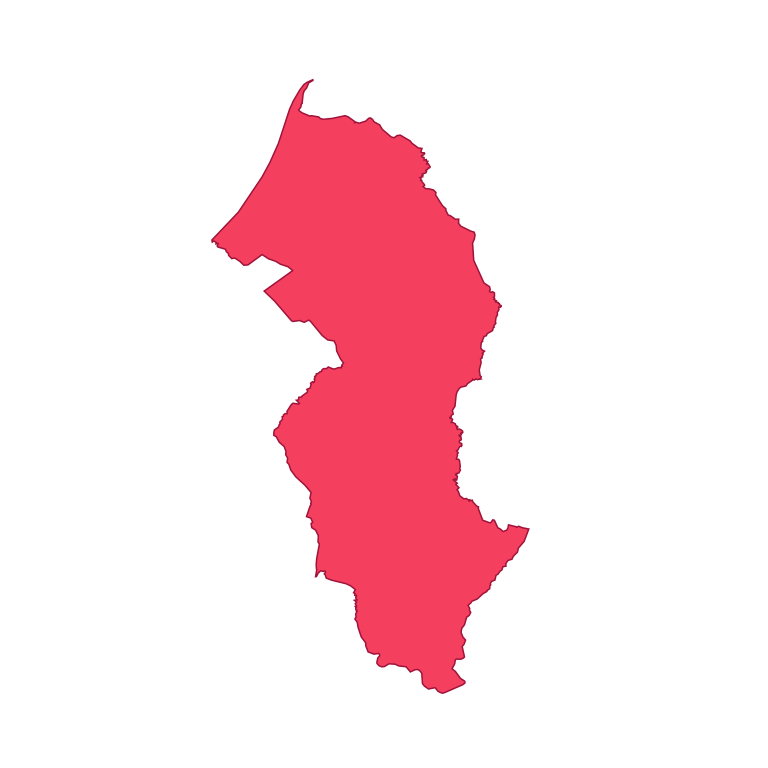 outline of Chaiya, Surat Thani, Thailand, rotated 242°
{"feature_id": "78962969B84478768396054", "entity_name": "Chaiya", "entity_type": "district", "adm_level": 2, "iso_a3": "THA", "parent_name": "Thailand", "parent_adm1": "Surat Thani", "projection": "robinson", "projection_center": [99.041, 9.444], "detail": "fine", "context": "isolated", "style": "filled", "palette": "rose", "viewbox_px": 768, "rotation_deg": 242, "n_neighbors": 0, "source": "geoboundaries", "source_scale": "gbopen_adm2", "svg_char_len": 6159}
<svg xmlns="http://www.w3.org/2000/svg" viewBox="0 0 768 768"><g transform="rotate(242 384 384)"><path d="M591.9,299.6L589.9,299.0L590.3,300.6L588.0,302.2L586.5,301.4L586.5,302.9L585.7,303.5L584.3,301.5L583.0,301.6L577.4,307.3L574.8,306.9L572.4,307.9L570.5,307.2L566.2,308.4L565.3,311.4L559.9,314.3L554.7,316.0L553.0,319.8L555.5,337.1L548.8,340.8L543.0,346.1L538.5,348.7L532.7,354.2L528.9,355.9L527.0,356.5L522.3,321.8L508.6,326.3L483.2,332.0L482.0,332.9L479.7,339.2L475.9,342.6L475.8,347.5L473.9,348.5L455.7,352.2L449.3,355.0L445.4,360.2L440.6,359.9L435.4,357.7L426.5,357.4L421.6,358.1L420.4,355.5L419.3,355.5L419.4,354.5L418.4,353.9L419.9,351.5L420.4,347.6L421.3,346.0L425.2,342.8L424.6,340.4L426.0,337.7L425.4,335.4L424.4,334.8L424.8,333.1L424.2,330.6L424.8,329.1L423.3,327.9L423.2,326.3L422.0,326.2L421.2,324.7L420.1,324.9L418.4,322.9L418.4,322.3L419.5,322.1L419.4,320.3L418.8,319.3L417.7,319.4L415.1,316.8L415.5,313.3L413.7,313.3L412.7,312.2L411.9,306.2L411.2,304.9L412.3,302.6L410.1,300.9L410.8,299.0L406.6,300.2L406.5,298.9L409.8,294.6L409.3,292.4L405.4,285.5L403.3,284.5L404.3,282.6L403.8,280.6L402.8,280.2L402.9,278.7L400.4,277.7L399.4,274.2L397.6,273.5L397.5,272.6L395.5,270.5L394.9,265.7L393.1,264.1L390.4,262.6L388.1,264.1L381.7,264.2L375.6,266.5L370.5,265.8L367.7,264.0L363.8,264.1L360.3,261.6L357.8,262.3L352.0,261.3L343.6,262.5L331.7,266.7L322.4,268.7L318.1,265.0L314.2,264.7L313.2,263.3L311.9,263.2L311.1,261.6L303.3,253.3L300.0,256.4L295.4,256.1L295.0,254.1L291.1,252.8L287.1,255.0L280.9,254.8L275.4,251.5L273.2,251.9L261.2,242.4L256.0,239.1L251.0,237.0L246.0,233.1L245.7,234.0L247.8,236.9L248.8,240.3L247.1,242.3L246.8,244.0L245.2,244.0L244.4,242.1L243.0,242.5L239.7,241.9L235.4,245.6L225.6,256.6L221.6,259.7L215.9,262.2L214.0,259.1L212.6,260.0L211.2,259.0L210.7,260.2L209.6,260.3L209.3,259.1L208.3,258.6L206.2,258.8L206.9,256.3L204.4,257.4L203.5,255.4L201.0,255.5L201.1,254.3L199.9,254.8L199.6,253.9L198.2,253.3L197.2,253.9L196.7,252.9L195.8,253.4L194.2,251.0L191.5,250.0L190.2,248.0L186.3,248.5L181.1,246.8L171.4,245.2L164.2,246.3L161.3,245.0L154.9,244.2L150.2,248.3L148.6,252.7L147.3,253.1L146.0,252.5L145.1,250.0L142.0,247.3L140.6,246.6L137.6,247.3L135.3,249.3L134.3,251.8L134.6,257.0L131.3,262.4L128.3,264.5L123.9,270.8L117.4,272.1L117.1,277.3L116.1,279.7L114.5,280.8L111.0,281.6L101.4,277.3L98.2,277.9L93.8,280.1L91.9,286.5L87.1,287.5L84.2,289.7L83.3,291.1L83.0,293.3L81.5,312.3L82.0,315.1L83.6,315.8L88.2,313.3L96.7,312.1L100.6,310.4L103.8,315.1L107.0,317.5L107.1,318.8L104.9,322.7L104.7,325.5L105.2,326.9L115.5,329.8L116.6,332.4L119.6,335.8L123.5,334.9L128.5,335.4L131.8,338.0L133.6,342.0L139.3,347.5L139.6,350.5L141.7,353.4L144.1,353.2L145.6,354.3L149.1,354.3L149.8,357.7L150.9,359.3L150.4,365.4L152.4,373.0L152.5,377.4L153.3,378.3L153.6,381.2L156.2,382.8L156.5,383.9L158.2,384.5L159.2,386.3L158.8,389.9L162.5,393.1L162.6,395.4L164.1,398.2L164.5,400.8L166.8,403.2L165.9,406.2L168.2,407.2L170.0,410.7L169.2,414.7L171.2,417.3L172.9,422.9L176.1,425.7L179.2,433.8L188.0,443.8L192.1,438.7L195.2,436.1L195.1,433.8L196.0,433.6L201.2,427.8L198.7,425.9L197.3,423.6L197.8,420.0L202.0,418.3L203.4,417.0L211.9,417.5L213.0,416.2L211.6,413.5L211.7,412.3L217.4,407.2L229.8,408.8L231.2,409.8L232.7,408.5L238.4,407.1L240.0,407.4L240.7,404.4L241.6,405.3L242.0,404.1L244.2,403.0L245.1,400.6L249.7,398.5L254.1,399.2L256.3,398.8L257.2,401.5L261.7,400.3L262.0,402.1L266.8,400.2L267.0,402.2L265.3,402.4L265.1,403.2L268.1,405.5L270.2,404.6L270.9,405.6L270.1,405.8L270.7,406.8L270.3,408.3L272.2,411.1L273.9,411.2L275.3,412.6L280.9,414.7L282.4,414.6L283.7,412.6L286.6,415.5L287.9,415.8L288.4,417.3L291.0,416.7L291.0,418.2L293.1,421.2L293.3,422.2L292.6,422.8L293.1,423.9L295.0,424.6L296.4,423.4L297.7,423.3L298.8,424.5L298.2,425.4L298.9,426.3L301.1,427.1L302.4,426.9L302.3,426.1L303.5,426.3L302.8,428.4L304.4,428.7L304.7,429.3L303.9,430.1L304.3,430.9L305.7,431.3L307.7,430.3L308.9,429.4L309.5,427.4L311.4,427.8L311.1,428.7L311.9,429.1L313.6,427.9L315.3,428.3L318.1,426.4L318.5,425.4L320.4,427.9L322.4,427.5L322.6,426.3L323.5,426.4L323.7,428.0L324.7,428.6L324.9,431.0L328.6,432.0L331.1,436.3L340.5,442.6L342.9,445.0L344.8,448.6L345.1,450.5L343.8,455.3L345.1,458.0L345.8,463.8L346.5,464.6L345.1,465.4L345.3,467.7L344.0,468.5L343.0,471.7L343.6,471.3L343.5,472.1L344.7,473.3L346.3,472.8L351.7,474.7L357.3,479.8L360.9,481.1L361.0,483.0L362.0,483.2L363.9,485.6L364.9,485.2L365.8,488.2L368.0,486.6L370.4,486.3L374.9,489.4L375.3,491.1L376.0,491.1L379.0,494.7L378.6,497.1L380.0,498.7L380.2,504.9L382.3,506.8L382.4,507.9L383.7,508.1L385.2,511.4L386.2,511.3L390.1,514.1L391.6,516.5L394.1,517.7L395.6,520.4L398.0,521.3L397.1,522.9L397.6,524.0L398.3,524.3L399.4,523.2L400.7,523.6L401.4,522.8L402.2,523.2L404.1,521.1L404.8,521.3L404.8,522.2L407.0,520.8L407.6,521.9L408.9,521.5L409.6,522.8L412.6,524.3L414.6,523.1L414.6,521.8L415.7,520.7L416.7,520.9L417.2,522.0L420.3,522.9L426.3,519.7L451.1,521.3L466.9,528.4L469.5,531.8L472.8,534.3L475.7,534.9L478.6,532.1L487.3,525.9L490.9,525.3L494.5,527.4L495.9,524.4L501.6,521.5L503.0,520.0L508.3,520.1L509.6,520.9L514.1,519.3L526.8,518.3L528.7,519.8L532.1,518.8L535.2,515.4L536.7,512.6L540.0,511.2L540.3,513.1L541.0,513.3L544.8,512.5L546.3,512.9L546.6,512.0L548.3,513.2L549.4,512.7L548.8,515.5L550.0,515.4L550.1,516.5L551.4,516.3L550.8,520.1L551.8,521.4L553.0,521.2L553.0,523.3L553.9,524.2L553.4,525.7L554.0,526.7L557.6,526.5L558.3,525.0L560.0,527.3L560.8,526.1L562.3,526.7L562.8,524.5L565.2,525.7L567.1,523.9L568.0,524.5L567.7,526.6L568.4,528.1L569.3,528.1L570.2,526.3L571.6,525.5L574.2,528.1L576.3,525.1L583.4,521.7L586.2,521.3L596.1,515.2L597.2,512.2L596.7,508.5L598.8,506.3L609.5,502.1L614.9,501.8L620.2,498.3L623.0,498.1L625.3,497.0L625.8,495.3L624.7,491.3L625.9,484.6L628.0,482.5L628.4,481.2L628.6,481.8L636.9,477.7L639.2,475.6L642.7,463.3L646.2,454.8L648.2,452.5L650.5,451.7L655.1,445.7L655.3,444.4L662.0,438.9L665.2,437.4L666.1,437.3L667.4,440.4L670.2,442.7L670.1,443.4L678.0,448.7L680.4,451.3L681.6,454.5L685.2,458.9L685.4,463.8L686.1,464.0L686.5,457.7L686.0,453.8L683.0,447.4L676.4,436.7L670.9,429.6L645.9,403.6L633.2,387.3L624.1,373.6L604.1,336.1L591.9,299.6Z" fill="#f43f5e" stroke="#9f1239" stroke-width="1.5"/></g></svg>